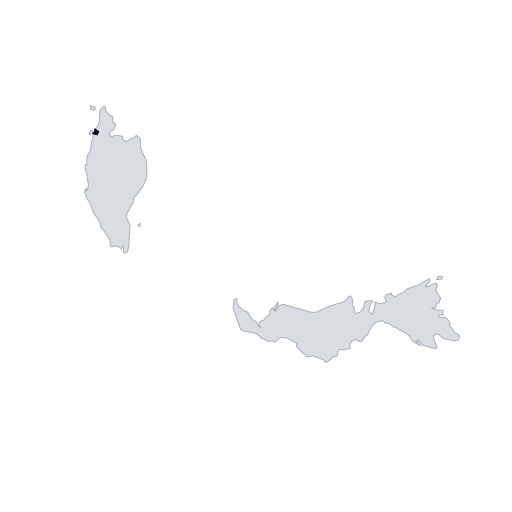 Seberang Perai Utara, Pulau Pinang, Malaysia (highlighted), rotated 29°
{"feature_id": "92858781B46264786477712", "entity_name": "Seberang Perai Utara", "entity_type": "district", "adm_level": 2, "iso_a3": "MYS", "parent_name": "Malaysia", "parent_adm1": "Pulau Pinang", "projection": "mercator", "projection_center": [100.433, 5.483], "detail": "fine", "context": "in_parent", "style": "filled", "palette": "ink", "viewbox_px": 512, "rotation_deg": 29, "n_neighbors": 0, "source": "geoboundaries", "source_scale": "gbopen_adm2", "svg_char_len": 4665}
<svg xmlns="http://www.w3.org/2000/svg" viewBox="0 0 512 512"><g transform="rotate(29 256 256)"><path d="M436.2,254.7L433.5,254.2L429.7,251.9L425.7,251.0L414.4,251.0L412.7,250.3L410.5,251.7L406.6,250.5L404.3,250.6L401.8,252.1L398.2,250.8L396.5,252.9L394.2,254.2L391.7,259.9L391.2,266.7L391.7,270.8L390.5,273.1L390.1,277.9L389.2,280.0L386.0,280.9L384.6,280.2L381.7,283.1L381.0,284.3L380.9,288.9L383.1,290.4L383.1,291.3L378.4,295.2L374.4,297.4L373.8,299.4L375.4,303.4L374.7,305.3L372.5,306.3L371.0,311.5L369.0,314.8L368.3,315.1L365.5,314.1L354.8,315.5L351.6,318.2L348.6,319.9L346.1,318.3L344.9,318.5L334.9,315.5L334.5,313.0L333.5,312.6L323.1,312.7L316.7,315.4L314.3,322.0L310.9,322.6L308.3,324.9L303.8,324.7L301.1,325.3L296.7,324.2L292.6,324.0L279.4,328.2L275.2,325.2L262.3,313.6L260.5,311.5L260.1,307.9L258.7,307.3L258.2,306.3L258.0,305.3L259.9,302.3L262.0,306.1L265.2,308.2L270.7,309.7L275.9,309.2L283.2,313.0L285.5,313.6L288.0,313.3L292.6,316.3L295.3,316.4L291.7,314.4L291.0,312.8L291.4,311.1L293.8,308.8L294.1,305.1L295.9,301.5L296.3,299.9L295.0,298.6L294.7,296.4L295.7,293.3L298.2,294.9L300.2,294.5L300.2,288.9L301.7,286.5L304.2,284.8L328.9,279.2L333.0,277.8L335.7,276.2L344.6,264.3L355.2,253.1L356.7,249.2L356.6,246.4L357.2,245.7L358.4,245.3L360.7,246.8L361.9,247.9L364.1,252.7L366.2,252.8L369.6,257.4L370.4,258.0L371.4,257.7L374.2,254.8L374.9,252.6L374.3,252.3L375.6,249.8L374.5,248.2L373.5,242.5L379.7,238.5L379.7,243.1L381.5,249.8L384.6,250.8L386.2,250.4L385.3,248.4L385.0,244.4L384.2,241.8L382.2,238.5L387.4,237.8L391.4,234.2L392.0,231.9L389.5,230.6L388.5,228.9L388.4,227.1L392.5,222.8L393.0,224.0L395.6,224.4L396.8,224.3L398.6,222.6L399.5,220.1L402.6,216.6L404.4,211.1L412.3,202.3L418.5,191.9L419.8,192.7L420.2,195.5L418.8,200.4L421.6,199.2L426.3,192.3L429.1,193.4L428.9,195.4L430.0,198.9L437.8,203.4L438.9,207.9L437.2,209.6L437.8,213.9L437.2,215.3L434.6,216.5L441.6,215.3L445.8,212.8L448.3,217.0L444.2,218.7L445.1,220.5L448.9,219.5L451.2,218.0L453.5,218.3L457.1,220.0L458.2,221.0L458.9,223.1L461.5,223.8L466.9,226.7L471.8,226.7L473.5,228.1L473.4,231.8L470.8,234.0L460.6,237.1L457.9,237.0L454.2,235.9L451.5,236.5L449.8,240.1L452.9,243.6L458.2,247.4L458.9,248.3L457.9,250.1L445.9,253.0L443.4,252.7L439.0,250.9L436.2,254.7ZM48.9,204.1L50.2,199.0L52.1,198.7L54.0,201.7L60.3,204.0L62.2,203.2L63.0,203.7L63.9,204.5L65.7,208.5L69.7,208.6L70.2,214.9L68.3,217.4L68.1,219.1L71.0,222.1L72.7,221.4L74.2,218.7L80.8,216.0L83.5,218.9L86.0,218.9L87.9,217.9L89.3,214.4L91.9,211.8L92.9,208.6L96.8,209.4L98.2,210.1L102.5,217.0L108.2,221.9L112.5,224.6L115.0,227.2L122.1,239.6L122.9,243.6L123.3,249.8L122.2,259.0L120.9,263.7L121.2,265.8L122.9,269.2L122.4,272.3L122.6,282.2L124.8,285.8L130.9,290.1L139.9,309.1L141.5,314.5L140.6,316.5L139.0,317.1L137.6,316.0L136.7,313.4L134.6,311.3L134.9,315.1L131.0,314.6L128.3,315.2L125.1,317.8L123.5,317.8L120.8,313.0L110.6,307.6L106.8,306.2L102.8,302.0L93.9,297.4L88.2,293.0L85.8,290.2L80.0,287.8L77.5,284.9L75.0,283.3L76.4,280.5L75.1,275.1L71.1,270.3L69.0,266.9L65.2,263.5L62.2,259.3L64.0,258.0L61.0,253.5L59.9,250.2L59.9,244.0L56.8,235.3L54.1,223.2L54.6,218.9L53.9,214.3L48.9,204.1ZM426.6,187.9L425.3,189.1L424.9,185.8L426.8,184.1L429.4,183.8L429.4,186.7L428.8,187.5L426.6,187.9ZM42.9,203.6L44.5,206.0L43.3,207.3L42.4,207.0L40.6,208.1L38.7,205.8L38.5,204.6L40.7,204.8L42.9,203.6ZM299.0,293.7L298.3,294.0L297.3,293.2L297.0,286.5L297.8,285.9L298.8,287.2L299.0,293.7ZM53.8,227.1L52.2,230.3L50.5,230.0L50.8,226.3L51.8,225.8L53.8,227.1ZM443.1,254.4L440.0,254.8L437.9,254.8L438.2,253.0L439.2,252.7L443.1,254.4ZM140.0,286.7L138.3,286.8L137.9,285.9L139.2,283.6L140.0,286.7ZM75.6,281.0L74.4,281.4L74.6,280.0L75.4,279.3L75.6,281.0Z" fill="#d9dde1" stroke="#a8b0b8" stroke-width="1"/><path d="M58.0,226.7L58.1,223.8L58.0,224.0L57.9,224.0L57.9,223.9L57.7,223.8L57.6,223.7L57.4,223.6L57.2,223.6L56.9,223.7L56.7,223.7L56.4,223.6L56.2,223.7L55.9,223.7L55.7,223.7L55.4,223.6L55.1,223.4L54.9,223.3L54.7,223.3L54.5,223.2L54.5,223.3L54.4,223.4L54.4,223.5L54.2,223.5L54.0,223.4L53.8,223.4L53.8,223.5L54.0,223.6L54.2,223.8L54.3,224.0L54.4,224.3L54.5,224.6L54.6,225.2L54.7,225.9L54.8,226.1L54.7,226.4L54.7,226.5L54.6,226.8L54.4,226.9L54.3,227.1L54.5,227.1L54.4,227.2L54.4,227.3L54.4,227.5L54.5,227.8L54.6,227.7L54.7,227.4L54.8,227.4L54.8,227.5L54.9,227.4L55.0,227.4L54.9,227.3L54.9,227.2L55.0,227.1L55.3,227.2L55.2,226.9L55.2,226.7L55.4,226.7L55.4,226.8L55.4,226.7L55.5,226.6L55.8,226.7L55.7,226.6L55.8,226.6L56.0,226.5L56.2,226.4L56.2,226.5L56.1,226.4L56.0,226.5L56.0,226.4L56.0,226.2L56.2,226.3L56.3,226.3L56.5,226.3L56.6,226.5L56.8,226.5L57.0,226.6L57.3,226.6L57.5,226.6L57.8,226.6L58.0,226.7Z" fill="#0f172a" stroke="#020617" stroke-width="1.5"/></g></svg>